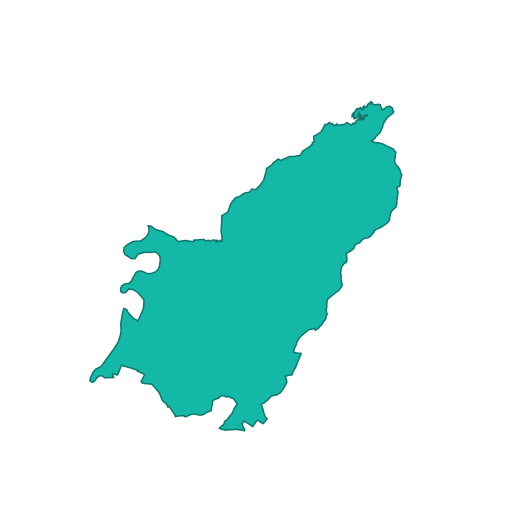 Unirea, Alba, Romania (Robinson projection), rotated 128°
{"feature_id": "2599482B55596473633613", "entity_name": "Unirea", "entity_type": "district", "adm_level": 2, "iso_a3": "ROU", "parent_name": "Romania", "parent_adm1": "Alba", "projection": "robinson", "projection_center": [23.708, 46.42], "detail": "fine", "context": "isolated", "style": "filled", "palette": "teal", "viewbox_px": 512, "rotation_deg": 128, "n_neighbors": 0, "source": "geoboundaries", "source_scale": "gbopen_adm2", "svg_char_len": 6016}
<svg xmlns="http://www.w3.org/2000/svg" viewBox="0 0 512 512"><g transform="rotate(128 256 256)"><path d="M297.0,351.6L297.0,355.9L297.3,357.6L298.1,359.0L298.8,359.5L299.0,358.9L300.9,356.5L303.8,354.9L308.1,354.2L315.0,356.0L320.1,361.7L325.7,364.3L330.5,365.1L333.9,363.2L335.5,360.4L334.8,352.7L332.7,349.7L327.3,350.1L321.4,345.9L319.0,342.3L314.8,337.9L314.4,334.5L315.7,331.2L317.8,329.2L323.4,325.8L326.7,325.0L329.9,325.2L334.0,327.5L336.6,330.4L338.3,336.8L340.4,339.5L343.1,340.4L353.7,338.7L356.1,339.6L359.1,342.4L362.1,343.4L364.9,342.7L367.2,340.8L367.4,338.8L365.1,336.2L360.3,336.0L359.5,334.3L358.3,333.0L357.5,326.9L359.5,317.5L360.1,316.8L365.9,312.8L368.5,311.9L379.9,309.0L380.0,311.2L380.6,313.9L379.4,321.6L378.3,324.3L377.8,324.9L378.7,327.9L383.1,326.1L392.3,321.1L398.4,316.0L402.7,313.8L409.0,311.6L417.4,310.8L436.7,310.1L439.7,310.5L443.4,312.5L447.7,312.9L453.8,311.5L456.7,310.0L456.6,308.5L455.8,306.8L453.9,306.2L449.4,306.4L446.7,305.4L445.1,303.3L445.0,301.3L445.3,300.5L439.3,293.3L437.6,296.4L437.1,296.8L436.5,295.8L435.7,292.9L434.9,291.8L425.0,294.7L420.8,284.3L418.9,278.7L419.8,278.5L418.5,273.5L418.1,270.7L425.5,269.4L426.0,268.1L426.1,267.5L424.9,264.9L421.8,260.5L422.1,260.3L421.2,259.5L422.0,254.2L423.4,248.0L427.6,240.6L427.9,235.3L429.3,232.3L427.9,232.0L431.0,222.5L430.6,222.3L432.2,220.7L428.9,217.7L426.1,214.3L426.6,213.5L425.7,212.2L420.4,209.4L418.5,207.3L416.6,203.3L414.7,200.8L413.1,199.8L409.7,198.6L405.3,196.0L403.3,197.4L396.3,201.1L390.8,197.9L388.2,197.6L386.9,196.9L385.8,194.6L385.2,192.2L383.7,191.4L383.3,188.6L382.5,187.0L382.4,185.8L384.0,180.0L390.5,179.0L395.2,177.9L400.3,178.2L402.6,177.8L404.8,178.9L406.3,178.4L407.3,178.4L407.6,177.9L408.5,177.7L411.4,178.5L414.3,178.8L413.7,176.2L412.1,173.0L404.8,164.8L401.7,159.5L400.9,157.5L399.3,158.4L399.0,159.7L397.2,163.6L393.6,163.9L392.8,159.3L392.5,153.6L384.2,154.0L384.1,150.6L383.8,147.2L377.6,146.9L376.9,149.6L376.0,151.6L374.4,153.9L373.5,154.7L369.6,160.6L368.6,160.3L366.4,158.9L364.5,158.8L362.5,158.1L357.4,157.8L354.8,156.2L353.1,154.4L349.2,152.7L343.5,152.8L337.1,153.7L335.6,154.7L335.0,155.9L334.1,156.6L332.9,159.0L330.0,156.8L327.4,154.4L324.2,155.7L319.1,156.3L308.8,159.4L306.0,159.9L305.0,160.7L305.8,161.6L309.0,167.0L304.4,169.1L301.8,169.5L299.1,170.6L295.5,171.2L292.1,171.3L281.8,169.1L277.1,165.2L278.0,163.6L274.7,162.3L272.1,162.3L269.7,161.9L266.0,162.4L263.5,162.2L261.8,162.6L260.3,163.7L258.2,164.0L255.0,167.9L253.4,168.3L248.0,172.2L247.0,172.6L245.1,172.8L234.4,170.3L232.2,169.5L226.2,169.8L221.6,175.2L219.7,176.1L218.2,178.0L216.9,179.1L212.7,181.5L212.1,181.8L208.2,181.9L207.4,181.9L206.0,181.0L204.1,181.4L202.5,182.4L199.6,185.3L198.4,186.1L197.6,186.2L194.6,184.7L189.9,183.6L187.4,184.5L184.9,184.4L181.6,182.4L177.1,182.3L175.3,181.3L172.9,179.2L170.3,178.0L165.0,177.6L163.5,178.2L160.9,177.7L158.3,176.1L154.7,174.5L148.4,172.8L145.4,172.9L144.1,174.0L140.2,175.9L137.7,176.6L136.1,176.7L131.8,176.0L130.4,176.1L127.4,177.7L124.9,179.7L123.4,180.2L119.8,182.6L118.1,183.3L115.4,187.4L114.6,187.1L113.5,186.0L111.9,185.8L106.9,189.3L102.3,191.0L101.7,192.8L100.0,194.9L98.4,198.3L98.3,200.7L96.8,204.3L94.9,206.0L93.0,206.7L91.5,207.9L88.3,209.6L87.2,214.0L89.3,222.6L89.2,223.8L91.4,229.3L93.1,231.4L94.3,235.9L93.3,235.4L92.0,235.3L90.3,234.7L88.3,235.1L82.7,234.2L75.9,235.8L74.0,236.9L70.6,237.5L65.8,237.7L58.7,236.0L57.7,236.3L57.1,236.8L56.9,238.3L55.9,238.9L55.5,239.7L55.3,240.7L56.0,241.5L55.5,242.3L57.1,244.4L61.7,245.8L63.4,246.7L62.7,247.3L61.7,249.6L60.7,250.6L60.3,251.4L61.3,253.2L63.4,255.0L64.3,256.6L64.2,257.6L63.5,258.9L63.8,261.2L64.0,259.9L65.7,260.7L65.6,259.5L66.5,260.6L67.5,261.3L68.2,261.2L68.5,260.5L69.3,260.4L69.5,261.0L70.0,261.0L70.8,260.5L71.8,261.6L71.7,263.0L71.4,263.2L72.3,263.4L73.4,263.1L73.7,261.8L74.0,261.6L74.2,262.2L75.0,261.7L75.2,262.9L75.7,263.3L74.7,264.4L74.9,264.6L74.7,265.0L76.4,265.6L77.1,265.4L77.5,265.9L77.2,266.4L78.4,267.3L79.3,267.3L78.5,267.1L78.8,266.9L82.3,266.9L82.7,267.3L84.4,267.3L84.2,267.1L84.6,266.8L84.7,266.3L83.2,266.3L84.7,265.7L85.5,266.3L85.2,266.8L86.5,266.4L87.1,266.6L86.9,266.4L87.2,266.1L86.4,265.6L85.0,265.5L86.1,264.8L85.9,264.5L86.0,264.1L85.2,264.1L85.9,263.9L85.6,263.3L86.3,264.1L86.8,263.6L86.9,263.9L87.2,263.5L87.1,263.3L87.4,263.1L87.1,262.7L84.4,261.6L79.8,263.1L80.8,261.6L80.4,260.8L80.5,260.5L79.3,259.3L81.4,260.7L81.6,260.3L81.2,259.6L81.6,259.5L82.2,260.1L82.4,259.8L83.0,260.7L83.3,260.3L83.1,259.6L81.7,257.7L77.9,256.4L76.0,255.3L76.3,255.0L77.5,254.9L79.4,256.2L81.7,257.0L82.2,256.7L82.0,256.1L81.5,256.0L81.7,255.7L81.3,255.5L81.7,255.2L83.2,256.3L82.1,257.1L85.2,259.8L85.4,259.6L84.6,258.4L84.7,258.0L85.3,258.7L85.2,259.0L86.5,259.5L86.6,260.0L88.6,260.1L89.3,259.7L90.3,260.2L91.8,260.0L91.7,261.3L94.6,261.7L94.4,262.8L94.6,264.8L95.1,266.8L95.9,266.7L97.3,267.1L100.7,270.0L103.0,272.8L102.2,273.6L105.2,274.5L104.8,277.7L105.7,277.6L105.7,280.5L109.7,281.5L110.0,281.6L109.8,282.5L118.3,281.2L123.9,283.1L126.1,284.3L130.1,280.5L131.8,281.5L133.1,280.4L137.9,281.3L142.7,283.2L145.3,283.8L149.2,283.0L153.7,286.9L157.0,290.8L165.6,295.4L165.7,297.8L166.4,298.4L172.5,299.8L174.9,299.6L176.6,300.4L179.2,300.9L180.3,301.7L181.5,301.1L182.0,300.6L191.6,296.6L199.0,296.4L201.7,297.0L203.0,296.6L204.3,297.9L205.9,300.6L209.1,300.3L210.3,301.0L213.3,303.6L214.9,304.4L218.6,305.3L222.8,308.1L230.2,308.1L238.2,305.4L239.0,305.4L245.4,307.8L249.0,304.9L258.1,298.7L262.7,293.7L264.8,292.2L266.1,292.3L265.4,293.4L266.9,293.8L267.3,294.6L267.4,295.9L268.5,295.4L269.6,296.0L269.3,296.5L268.3,296.6L268.1,297.0L270.1,300.0L272.2,300.8L273.0,303.4L274.7,304.4L275.4,305.1L274.9,306.7L275.0,307.3L276.4,308.6L277.1,309.9L278.4,311.2L279.9,312.1L280.2,313.1L281.3,314.4L282.2,314.7L283.0,314.2L283.7,314.5L284.9,317.1L285.6,317.9L285.6,318.7L286.8,319.1L286.6,320.3L287.0,320.9L292.3,326.1L292.5,327.7L292.4,328.8L291.9,329.6L291.6,332.1L293.5,338.7L294.1,344.4L297.0,351.6Z" fill="#14b8a6" stroke="#0f766e" stroke-width="1.5"/></g></svg>